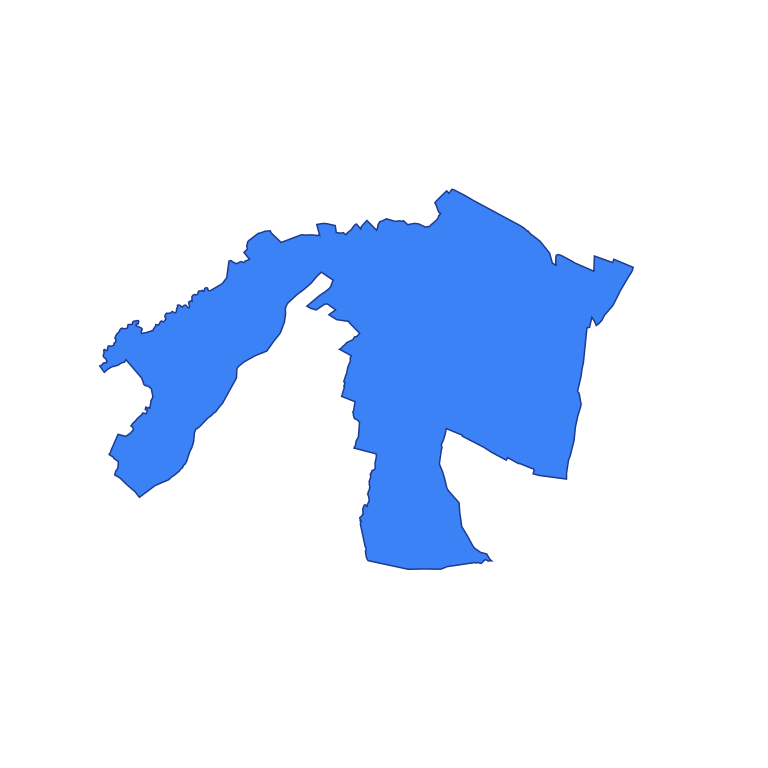 the district of Codaesti, Vaslui, Romania, rotated 232°
{"feature_id": "2599482B61991587301534", "entity_name": "Codaesti", "entity_type": "district", "adm_level": 2, "iso_a3": "ROU", "parent_name": "Romania", "parent_adm1": "Vaslui", "projection": "robinson", "projection_center": [27.774, 46.879], "detail": "fine", "context": "isolated", "style": "filled", "palette": "blue", "viewbox_px": 768, "rotation_deg": 232, "n_neighbors": 0, "source": "geoboundaries", "source_scale": "gbopen_adm2", "svg_char_len": 6171}
<svg xmlns="http://www.w3.org/2000/svg" viewBox="0 0 768 768"><g transform="rotate(232 384 384)"><path d="M338.9,639.0L355.3,628.6L343.7,618.8L362.8,608.4L363.7,608.3L376.0,602.9L378.6,601.1L379.4,599.2L378.6,598.0L373.7,593.8L371.7,592.9L372.2,592.2L375.9,591.2L385.1,595.1L400.5,594.9L411.8,591.9L416.1,591.6L416.3,591.0L420.0,590.5L424.3,589.1L474.8,566.9L482.8,563.8L494.5,558.4L495.6,557.3L494.2,552.6L497.6,552.3L496.3,539.9L495.5,535.6L492.9,535.2L485.7,532.9L483.5,533.6L483.2,531.8L482.7,530.4L481.3,528.5L480.8,525.8L480.5,519.0L480.0,517.2L482.2,513.3L488.8,509.9L491.7,507.0L494.1,502.6L494.7,500.8L500.7,499.9L500.8,498.6L502.9,496.9L504.6,494.1L504.7,493.4L512.7,487.6L513.5,483.6L514.5,480.5L512.9,476.8L511.6,475.8L509.7,472.8L523.4,471.2L522.0,463.1L520.4,461.1L527.0,460.8L527.2,460.3L527.3,458.3L525.7,453.0L525.7,447.9L525.1,446.2L525.3,445.7L528.3,445.2L529.2,443.2L532.6,439.6L538.9,443.1L545.9,437.3L548.2,434.6L551.1,429.2L540.6,424.8L541.8,423.9L542.0,422.9L544.8,420.2L548.6,415.5L549.1,414.4L552.1,411.3L553.0,409.0L558.9,390.1L572.5,388.1L574.8,388.7L577.8,383.9L579.4,378.6L580.1,378.1L580.3,365.3L579.6,363.7L578.1,362.0L577.4,360.8L574.5,359.5L573.9,354.7L567.5,354.7L565.2,355.1L565.2,354.0L566.4,350.1L565.7,348.8L566.1,348.1L568.2,347.1L569.0,345.4L569.1,343.1L570.0,342.1L570.3,341.0L572.2,340.6L573.6,339.7L574.9,339.7L575.8,339.1L576.3,337.5L564.5,325.4L563.4,320.9L563.0,320.5L562.8,317.1L564.5,304.6L565.0,303.7L565.9,303.1L568.2,304.0L569.3,303.4L569.7,301.7L567.9,299.0L569.8,298.3L570.5,295.7L571.1,295.6L571.3,294.8L570.2,293.4L569.4,291.8L570.0,290.7L571.3,289.7L571.5,288.0L571.1,286.4L567.3,283.6L568.5,283.0L568.8,280.4L564.6,278.3L564.0,277.6L564.1,277.2L565.2,276.5L568.3,276.3L569.1,274.8L568.8,272.8L569.0,272.2L571.7,271.6L572.8,270.7L573.2,269.7L572.3,269.2L570.3,266.2L568.9,265.0L568.5,263.6L569.1,262.8L571.6,261.7L571.3,259.8L572.7,257.1L573.6,256.5L573.5,254.8L573.1,254.1L571.8,252.6L570.9,252.9L569.6,252.2L568.6,249.3L568.7,248.4L570.7,247.5L570.7,246.4L569.3,242.6L571.3,240.7L570.1,239.4L569.3,236.1L568.2,234.8L568.9,234.0L569.4,232.1L570.3,230.3L570.2,229.6L572.2,226.0L572.7,224.3L574.5,224.6L575.0,225.2L575.6,226.8L576.6,227.4L578.3,227.0L582.0,224.7L583.0,224.6L583.5,225.9L582.7,226.9L582.8,227.5L584.3,229.3L585.0,229.5L585.6,229.1L587.7,225.1L587.4,224.0L586.0,222.3L588.4,218.9L586.1,216.3L587.2,213.4L589.3,212.0L589.6,210.7L589.3,209.3L588.1,207.0L587.8,203.8L586.7,201.6L585.7,200.1L584.3,200.3L582.6,198.7L582.2,198.0L582.4,196.4L580.9,194.9L581.7,192.3L583.4,190.7L583.6,189.9L582.7,188.5L580.8,186.8L581.6,185.7L583.3,185.0L583.3,184.1L580.9,182.5L579.1,180.0L577.3,179.7L575.1,180.3L572.2,179.5L571.7,177.9L572.5,177.4L573.3,175.9L572.7,173.5L573.2,171.1L565.4,170.8L565.7,174.4L565.3,179.6L563.0,184.7L562.4,186.9L562.4,189.5L561.0,193.0L562.0,195.6L538.1,196.7L533.9,195.5L532.1,194.6L530.7,194.6L529.6,195.0L527.3,196.9L523.5,197.7L517.4,194.6L516.1,193.8L515.4,192.7L514.2,189.7L513.3,189.2L509.2,184.6L510.7,183.8L510.2,182.9L510.9,182.4L512.4,182.3L512.2,181.7L510.8,180.1L509.1,181.2L508.5,180.9L507.0,178.3L509.8,176.0L509.0,174.4L508.7,168.8L507.7,163.8L507.8,162.6L506.8,158.8L504.6,159.3L502.8,158.7L501.8,157.8L502.0,156.5L501.4,154.3L501.7,148.2L508.1,143.5L499.8,128.1L499.2,127.5L498.3,125.9L498.0,124.2L497.3,124.0L493.5,125.5L491.2,125.4L486.5,126.9L482.5,123.5L480.9,121.0L480.8,119.5L478.2,115.8L472.5,118.1L463.4,119.3L452.3,121.5L445.3,121.5L444.9,141.2L441.1,155.4L441.5,159.6L441.2,162.6L441.4,168.9L442.2,171.9L442.0,173.6L443.2,175.6L443.4,178.1L444.7,181.0L450.2,189.2L452.1,193.2L454.1,196.2L456.1,198.8L462.0,204.3L463.9,207.1L464.2,208.0L463.9,209.5L463.9,212.4L465.6,224.4L465.4,228.9L465.9,231.1L465.7,234.2L467.5,241.0L468.1,244.6L479.6,271.5L486.1,277.0L486.9,278.1L487.4,280.3L487.6,287.4L485.4,300.8L482.1,311.9L485.7,323.9L487.7,332.5L488.7,334.9L494.1,343.6L499.5,349.3L504.4,352.9L506.5,356.5L507.0,358.4L508.0,370.2L507.8,378.7L508.3,388.7L510.2,397.6L510.7,403.5L497.2,407.8L494.7,403.6L494.1,403.4L493.0,399.9L492.9,394.8L493.4,387.7L492.8,371.1L488.6,372.9L484.1,376.2L483.4,386.4L481.8,388.8L472.2,391.5L472.5,383.2L463.9,386.3L454.9,394.9L454.0,394.4L438.8,396.0L438.2,391.3L439.3,389.9L438.1,386.7L439.6,380.0L439.0,377.1L439.0,374.2L438.4,372.2L438.8,370.3L426.5,375.6L425.3,373.4L422.7,371.5L419.4,365.6L414.8,360.5L414.9,360.0L410.6,353.7L409.3,354.3L406.9,351.0L406.3,351.4L400.3,343.0L387.9,350.3L381.8,343.8L381.1,342.1L380.4,342.2L378.2,340.6L374.9,339.4L372.6,340.7L369.1,341.3L358.1,331.3L356.2,326.9L353.3,323.8L352.0,320.9L334.2,334.5L333.3,334.6L331.1,332.9L327.3,328.3L322.9,325.2L322.5,323.6L323.2,321.1L322.3,320.2L322.0,319.1L321.2,318.7L321.4,317.7L318.8,316.2L316.1,312.0L315.5,312.0L313.8,310.5L311.2,309.2L310.9,308.4L310.0,307.9L308.8,305.3L307.4,304.0L307.5,303.5L304.1,302.3L301.1,300.4L299.1,296.5L298.0,295.2L300.4,294.9L300.7,293.9L299.7,292.0L299.1,291.7L298.8,290.5L294.2,287.2L294.3,286.5L293.6,285.8L293.8,285.0L293.5,284.3L293.7,283.0L293.2,282.2L291.6,281.9L291.0,281.0L289.7,281.7L289.4,280.4L287.9,279.0L267.8,269.2L265.7,268.7L263.9,267.4L263.9,266.6L263.1,266.0L258.4,263.5L256.6,263.0L254.6,262.7L223.1,289.0L213.5,301.8L203.1,314.8L201.2,321.3L190.8,339.6L190.1,341.2L188.8,342.8L187.8,345.2L186.2,346.4L186.0,347.5L182.8,350.1L183.3,355.6L181.3,356.9L180.4,357.0L179.4,358.8L178.4,359.9L181.2,359.5L186.9,360.3L191.7,356.5L198.9,354.3L201.7,354.3L212.8,356.2L223.8,357.5L236.9,365.1L244.1,370.0L260.1,369.1L263.1,369.4L272.7,373.8L279.0,376.2L286.9,378.4L296.4,388.2L298.2,390.6L300.9,391.7L303.1,396.0L306.8,401.3L310.5,405.6L295.3,414.3L294.6,413.6L272.4,423.8L263.7,426.8L248.7,433.5L249.9,436.1L238.2,441.1L238.2,441.8L226.2,448.6L225.3,449.6L223.9,449.5L221.4,446.2L216.3,450.1L196.7,469.3L201.3,472.9L210.5,482.6L212.7,486.4L222.4,498.9L232.1,508.2L239.1,516.5L245.5,525.6L246.8,526.9L256.5,532.0L259.1,532.0L268.4,543.6L273.9,549.3L278.0,554.2L303.3,578.5L302.1,580.9L308.6,588.8L303.8,588.5L299.4,587.3L299.3,590.3L300.0,594.8L302.4,599.9L305.0,613.0L312.1,627.9L318.4,643.8L319.6,647.7L321.3,650.7L322.5,652.2L340.8,641.9L338.9,639.0Z" fill="#3b82f6" stroke="#1e3a8a" stroke-width="1.5"/></g></svg>